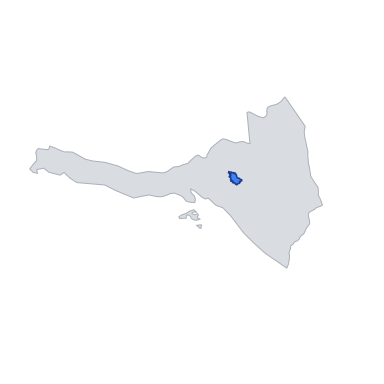 location of Logo Anseba, Gash Barka, Eritrea, rotated 151°
{"feature_id": "51966322B13118315425041", "entity_name": "Logo Anseba", "entity_type": "district", "adm_level": 2, "iso_a3": "ERI", "parent_name": "Eritrea", "parent_adm1": "Gash Barka", "projection": "orthographic", "projection_center": [38.674, 15.401], "detail": "fine", "context": "in_parent", "style": "filled", "palette": "blue", "viewbox_px": 384, "rotation_deg": 151, "n_neighbors": 0, "source": "geoboundaries", "source_scale": "gbopen_adm2", "svg_char_len": 5319}
<svg xmlns="http://www.w3.org/2000/svg" viewBox="0 0 384 384"><g transform="rotate(151 192 192)"><path d="M64.6,229.9L63.5,218.3L62.7,210.6L61.9,202.4L61.2,194.6L64.9,189.9L66.7,185.4L71.2,170.8L73.0,167.9L76.5,160.1L77.0,157.8L80.5,148.0L80.2,141.4L79.6,134.7L81.5,130.8L83.2,127.7L83.1,125.0L83.9,118.8L84.4,117.3L86.5,117.2L90.6,118.0L93.7,117.4L97.2,117.5L99.9,117.3L101.5,115.4L103.8,108.2L105.2,106.8L106.3,106.3L109.4,105.0L112.1,102.9L114.3,101.4L115.1,101.1L117.4,100.9L119.7,100.0L120.7,99.0L123.6,98.2L126.4,98.7L128.3,97.8L129.6,97.2L131.0,97.2L132.4,96.4L132.9,95.1L133.8,94.3L136.0,92.4L137.0,91.0L137.4,89.7L137.9,88.6L138.9,86.8L142.7,82.1L146.0,79.5L157.6,102.7L162.4,116.5L166.6,130.8L169.7,152.3L172.7,163.3L177.5,168.7L180.8,178.9L183.6,179.3L185.6,182.1L189.2,191.7L191.7,195.3L193.0,192.2L192.8,190.4L191.8,187.5L192.7,183.7L194.7,181.4L199.1,184.4L201.6,186.8L202.3,191.5L203.3,194.1L208.0,199.6L211.9,201.2L217.0,201.6L221.3,202.8L224.8,204.8L231.2,210.4L246.0,215.1L257.9,230.1L265.0,240.5L288.2,256.1L292.2,263.7L294.4,271.1L299.2,270.7L307.6,278.7L310.2,284.8L317.0,286.9L318.1,283.3L321.4,286.2L322.8,290.8L318.5,292.8L313.7,294.5L313.0,294.5L311.5,296.7L309.3,302.6L306.8,304.3L305.5,304.5L298.0,299.2L296.8,298.9L295.2,300.0L294.0,301.1L290.5,297.0L287.9,293.4L284.3,289.0L280.8,287.1L277.1,284.7L273.4,278.9L269.6,272.6L264.1,267.5L253.7,260.1L244.2,250.7L236.9,240.9L232.3,235.8L230.3,234.5L220.7,231.3L214.0,226.8L208.8,223.1L205.7,222.1L202.6,222.0L196.1,222.8L190.7,220.5L188.4,220.5L184.8,219.8L181.9,219.0L178.6,220.0L171.7,221.7L168.9,221.4L167.4,219.0L166.5,217.2L164.1,215.4L162.1,215.4L161.0,217.0L153.9,221.3L141.9,223.6L139.0,223.4L136.9,221.7L130.9,214.5L129.2,213.3L127.8,213.2L125.0,212.4L122.4,211.0L120.1,208.0L117.8,206.3L115.3,212.1L110.9,222.2L108.5,227.6L105.5,234.6L104.5,234.8L103.0,234.3L97.0,225.5L93.3,222.2L90.5,222.5L88.4,224.1L87.1,227.0L85.7,228.8L84.2,229.5L80.9,229.1L75.9,227.7L70.7,227.9L65.4,229.9L64.6,229.9ZM205.4,172.2L207.0,174.3L208.1,174.1L209.0,173.4L209.6,171.9L215.7,174.8L215.4,176.8L211.7,176.9L207.5,176.1L203.6,176.4L199.0,175.6L197.9,172.2L200.8,173.9L202.4,173.4L202.6,173.0L200.5,170.7L197.6,170.3L197.7,168.5L199.1,167.8L199.9,166.9L198.2,164.5L201.5,165.0L203.6,166.5L205.0,168.2L205.4,172.2ZM202.8,156.7L204.1,160.6L200.3,159.1L199.7,158.3L201.3,156.7L201.7,155.8L202.8,156.7Z" fill="#d9dde1" stroke="#a8b0b8" stroke-width="1"/><path d="M149.0,176.8L148.8,176.8L148.7,176.8L148.5,177.0L148.4,177.0L148.2,177.0L147.9,177.0L147.5,177.0L147.4,176.9L147.2,176.8L146.9,176.7L146.8,176.8L146.1,176.8L145.6,176.9L145.5,177.0L145.4,177.1L145.5,177.2L145.5,177.3L145.6,177.5L145.6,177.8L145.4,178.0L145.3,177.9L145.2,177.8L145.2,177.7L144.7,177.7L144.4,177.7L144.1,177.7L143.9,177.7L143.8,177.8L143.7,177.8L143.5,178.0L143.4,178.0L143.1,177.9L143.1,178.0L142.9,178.1L142.7,178.3L142.6,178.5L142.8,179.0L143.0,179.1L143.3,179.2L143.4,179.3L143.5,179.4L143.7,179.5L143.7,179.8L143.7,180.1L143.8,180.3L143.8,180.5L143.9,180.9L143.9,181.0L144.3,181.3L144.6,181.5L144.8,181.6L145.1,181.9L145.2,182.0L145.3,182.2L145.3,182.3L145.4,182.5L145.5,183.0L145.4,183.6L145.4,183.8L145.3,184.0L145.2,184.4L145.2,184.6L145.1,184.8L145.0,185.0L144.9,185.4L144.9,185.6L144.9,185.8L144.9,186.0L144.9,186.4L145.0,186.5L145.2,186.8L145.3,187.1L145.4,187.3L145.5,187.4L145.5,187.5L145.4,187.5L145.3,187.8L145.5,187.8L145.7,187.7L145.8,187.7L145.8,187.8L146.0,187.8L146.3,188.0L146.5,188.2L146.5,188.3L146.4,188.4L146.4,188.5L146.5,188.7L146.4,188.8L146.6,188.9L146.8,189.0L147.1,189.2L147.3,189.4L147.5,189.7L147.6,189.8L147.8,190.0L147.9,190.3L148.0,190.4L148.6,190.6L148.8,190.8L149.0,190.9L149.1,191.1L149.3,191.2L149.5,191.4L149.5,191.5L149.8,191.8L150.0,192.0L150.1,191.9L150.4,191.5L150.6,191.3L150.7,191.2L150.8,191.0L150.6,190.9L150.4,190.9L150.1,190.8L150.0,190.7L149.9,190.7L149.8,190.2L149.7,190.2L149.3,189.7L149.2,189.3L149.2,189.1L149.3,189.0L149.4,188.9L149.5,188.8L149.5,189.0L149.8,189.0L149.8,188.9L149.9,189.0L150.0,189.0L150.0,188.9L150.1,189.0L150.3,189.1L150.5,189.2L150.5,189.3L150.6,189.2L150.6,188.9L150.6,188.6L150.6,188.4L150.7,188.1L150.8,188.0L150.8,187.8L150.8,187.7L150.7,187.4L150.8,187.2L150.9,187.3L151.0,187.3L151.3,187.3L151.5,187.3L151.9,187.5L152.1,187.6L152.3,187.5L152.2,187.5L152.2,187.4L152.0,187.2L151.9,187.1L151.9,186.9L151.8,186.7L151.7,186.5L151.5,186.4L151.5,186.1L151.5,185.9L151.5,185.5L151.5,185.3L151.4,185.3L151.4,185.2L151.4,184.9L151.5,184.8L151.5,184.7L151.6,184.4L151.8,184.3L151.9,184.2L152.0,184.0L152.0,183.8L152.3,183.8L152.2,183.6L152.2,183.4L152.3,183.3L152.3,183.2L152.2,183.2L151.9,183.1L152.0,182.9L151.9,182.8L152.0,182.8L152.0,182.7L151.9,182.6L151.8,182.4L152.0,182.4L151.9,182.3L152.0,182.3L152.0,182.2L151.9,182.0L151.9,181.9L152.0,181.9L151.8,181.7L151.7,181.7L151.7,181.8L151.6,181.7L151.4,181.6L151.5,181.5L151.6,181.4L151.8,181.3L151.8,181.2L151.7,181.2L151.5,180.9L151.4,180.8L151.3,180.6L151.2,180.5L151.2,180.4L151.3,180.3L151.2,180.2L150.9,179.9L150.9,179.7L151.1,179.7L150.9,179.5L150.6,179.4L150.5,179.5L150.4,179.5L150.3,179.4L150.2,179.4L150.1,179.2L150.1,178.8L150.2,178.7L150.2,178.4L150.2,178.2L150.2,177.9L150.0,177.5L149.9,177.5L149.8,177.4L149.7,177.2L149.4,177.2L149.4,176.8L149.4,176.7L149.2,176.6L149.0,176.8Z" fill="#3b82f6" stroke="#1e3a8a" stroke-width="1.5"/></g></svg>